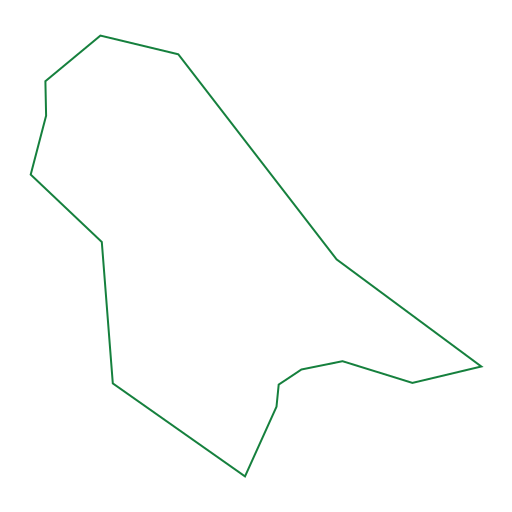 an SVG outline of Turnišče
{"feature_id": "SVN-1049", "entity_name": "Turnišče", "entity_type": "Municipality", "adm_level": 1, "iso_a3": "SVN", "parent_name": "Slovenia", "parent_adm1": "", "projection": "mercator", "projection_center": [16.325, 46.616], "detail": "fine", "context": "isolated", "style": "outline", "palette": "green", "viewbox_px": 512, "rotation_deg": 0, "n_neighbors": 0, "source": "natural_earth", "source_scale": "10m", "svg_char_len": 313}
<svg xmlns="http://www.w3.org/2000/svg" viewBox="0 0 512 512"><path d="M336.6,259.4L481.3,366.5L412.4,382.9L342.5,361.2L301.4,369.5L278.7,384.6L276.5,406.7L245.0,476.4L112.8,383.4L101.8,242.0L30.7,174.6L46.1,115.7L45.4,81.2L100.4,35.6L178.3,54.3L336.6,259.4Z" fill="none" stroke="#15803d" stroke-width="2"/></svg>